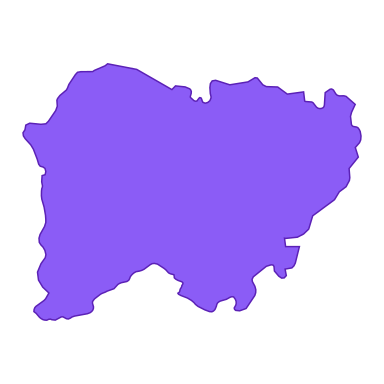 map outline of Salamanca (Albers equal-area conic projection)
{"feature_id": "ESP-5841", "entity_name": "Salamanca", "entity_type": "Autonomous Community", "adm_level": 1, "iso_a3": "ESP", "parent_name": "Spain", "parent_adm1": "", "projection": "albers", "projection_center": [-6.114, 40.774], "detail": "fine", "context": "isolated", "style": "filled", "palette": "violet", "viewbox_px": 384, "rotation_deg": 0, "n_neighbors": 0, "source": "natural_earth", "source_scale": "10m", "svg_char_len": 3289}
<svg xmlns="http://www.w3.org/2000/svg" viewBox="0 0 384 384"><path d="M33.9,311.6L34.1,309.5L34.8,307.7L35.9,306.4L44.0,300.5L45.6,298.8L48.9,293.0L42.7,287.1L38.5,280.1L37.5,272.1L41.0,263.7L45.3,257.6L45.9,254.6L44.9,250.4L43.0,247.1L40.9,244.9L39.3,242.4L39.0,238.2L40.1,234.4L44.5,226.6L45.8,222.5L45.8,219.5L45.5,215.2L44.1,207.1L41.8,199.1L41.4,195.7L41.5,191.0L41.8,188.6L42.3,187.3L42.5,185.9L42.0,183.4L41.7,181.8L42.1,175.6L45.1,174.7L45.8,171.6L45.0,168.4L43.0,167.0L40.2,166.2L38.7,164.2L37.2,159.1L33.4,149.2L30.8,144.9L25.2,138.7L23.4,135.9L23.0,132.8L25.0,129.7L25.8,125.1L29.7,123.2L40.9,124.3L45.9,123.8L48.4,121.3L55.7,110.6L57.3,106.2L56.9,100.2L57.6,98.5L59.9,95.5L66.4,90.0L67.5,88.0L68.9,84.4L75.4,74.6L77.5,72.3L80.8,71.7L92.7,71.6L94.4,70.4L105.1,65.8L107.6,63.8L136.7,69.4L171.9,89.6L175.5,85.9L185.1,86.9L189.7,88.8L190.7,89.9L191.3,91.4L191.2,93.4L190.3,96.5L190.4,97.4L194.0,100.7L195.5,101.2L196.9,101.0L199.0,98.2L199.8,97.6L201.0,97.9L201.7,99.2L202.2,100.9L202.9,102.3L205.2,103.2L207.7,102.5L209.9,100.7L211.0,98.0L211.0,96.5L210.3,93.6L209.9,87.6L210.4,83.6L212.2,80.9L215.6,80.3L229.8,84.8L248.0,81.9L255.0,77.7L257.3,78.0L262.8,84.8L266.3,86.6L277.7,87.0L287.3,94.1L303.6,91.9L304.7,101.1L305.5,101.5L311.8,102.0L313.1,102.8L316.5,107.2L318.0,108.2L319.7,108.6L321.6,108.4L323.1,107.7L324.0,106.6L324.4,104.9L325.2,92.6L330.1,89.2L331.7,89.0L333.4,90.0L335.8,93.9L337.3,95.3L339.4,95.9L343.9,95.8L346.1,96.4L355.2,104.4L351.6,112.2L350.5,116.3L351.4,124.3L351.9,125.5L353.0,126.4L356.8,127.1L358.1,127.9L359.3,129.6L360.2,131.5L361.0,136.0L360.7,139.9L359.5,142.7L355.3,147.5L358.3,157.1L349.1,168.5L349.8,177.7L349.4,180.5L346.1,186.7L339.3,191.8L334.5,199.7L312.7,215.8L308.7,229.1L303.6,234.0L297.4,237.2L285.6,238.4L284.5,238.2L285.6,246.6L299.4,246.6L295.3,263.1L293.9,265.9L291.9,267.9L285.1,269.1L286.3,275.6L284.2,277.9L281.6,278.1L278.8,276.2L274.4,271.0L274.0,266.4L273.1,265.1L271.2,264.8L266.3,266.3L253.3,276.8L252.1,279.3L252.4,281.6L254.9,286.3L255.8,289.7L255.7,292.7L254.8,295.5L246.1,308.5L239.7,310.8L235.7,310.4L234.6,309.4L234.2,308.0L235.8,305.1L236.2,303.4L236.1,301.4L235.4,299.4L233.6,296.9L231.9,296.7L230.2,297.2L226.4,299.3L220.2,301.1L218.8,301.9L217.6,302.9L216.8,304.4L216.4,306.1L215.7,307.9L214.9,309.6L213.5,311.0L211.9,311.8L209.5,311.6L204.7,309.8L198.0,306.4L195.5,304.4L193.9,302.5L191.4,300.4L187.4,298.0L180.9,295.5L178.5,294.2L177.9,293.2L179.1,292.4L179.7,291.4L180.1,289.5L180.5,288.6L181.2,287.6L181.7,286.6L181.8,285.7L182.9,283.8L182.9,282.9L181.9,281.8L178.0,280.4L175.8,279.2L174.3,277.8L174.2,276.3L173.9,274.7L170.4,273.8L168.6,272.9L165.7,269.7L163.8,268.2L157.5,264.1L154.3,263.4L152.0,263.7L150.2,264.7L144.0,269.3L141.7,270.4L139.3,271.1L136.0,271.7L134.1,272.8L132.5,274.1L131.2,275.5L130.2,277.0L129.6,278.7L128.7,280.3L126.9,281.5L121.4,282.7L119.4,283.5L117.9,284.4L114.0,288.7L107.0,291.2L105.6,292.0L101.8,293.5L100.4,294.3L94.6,298.8L93.5,300.2L92.5,301.7L92.5,303.4L93.5,306.8L93.4,308.5L92.8,310.1L91.7,311.5L90.1,312.7L87.5,313.7L74.5,316.1L72.0,317.0L70.4,318.1L68.3,319.0L66.4,318.7L62.9,316.8L61.3,316.9L55.3,320.1L51.8,319.7L50.4,319.1L48.7,319.3L46.8,320.2L44.9,320.1L43.1,319.7L41.2,318.7L39.5,317.3L36.2,313.4L33.9,311.6Z" fill="#8b5cf6" stroke="#5b21b6" stroke-width="1.5"/></svg>